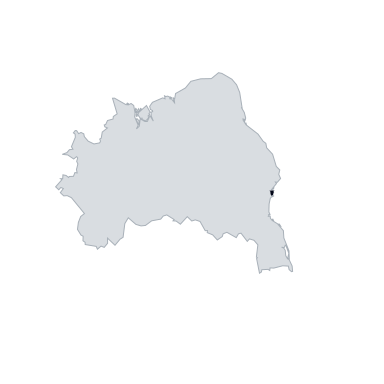 Ubatuba, São Paulo, Brazil shown in context, rotated 312°
{"feature_id": "56859067B10562260302703", "entity_name": "Ubatuba", "entity_type": "district", "adm_level": 2, "iso_a3": "BRA", "parent_name": "Brazil", "parent_adm1": "São Paulo", "projection": "natural_earth1", "projection_center": [-45.033, -23.396], "detail": "fine", "context": "in_parent", "style": "filled", "palette": "ink", "viewbox_px": 384, "rotation_deg": 312, "n_neighbors": 0, "source": "geoboundaries", "source_scale": "gbopen_adm2", "svg_char_len": 4562}
<svg xmlns="http://www.w3.org/2000/svg" viewBox="0 0 384 384"><g transform="rotate(312 192 192)"><path d="M121.4,90.4L124.3,93.4L128.1,92.0L129.3,93.9L131.4,91.1L136.5,88.4L137.6,85.8L140.8,84.3L141.1,82.6L137.4,82.0L136.4,74.9L133.2,70.4L137.6,72.7L141.4,72.6L144.1,74.9L145.0,72.1L154.6,68.7L156.8,66.4L156.6,64.3L159.5,64.1L160.4,65.2L159.5,68.7L162.0,69.7L162.8,72.7L161.1,74.9L160.3,80.8L162.1,87.0L166.7,90.5L168.6,90.0L169.6,88.0L171.3,88.5L176.5,85.2L183.0,86.3L182.1,83.6L183.1,81.9L184.4,82.7L188.6,81.4L193.4,84.5L195.5,83.0L200.0,84.1L208.5,70.2L209.9,71.6L212.7,84.4L214.2,86.4L217.0,87.5L217.3,90.8L212.5,96.9L209.5,99.0L205.6,107.3L201.7,108.5L205.7,108.8L211.7,104.5L212.9,109.9L214.5,111.6L220.6,109.7L218.8,115.8L221.2,110.9L224.0,108.1L225.4,109.0L226.1,108.1L225.5,105.9L227.4,103.2L232.2,102.6L242.4,107.3L243.2,109.6L244.6,108.0L247.0,109.8L247.6,111.8L246.4,113.2L246.9,113.9L248.2,112.6L248.5,113.9L247.3,115.2L246.6,119.4L248.2,117.7L249.4,114.6L249.6,116.8L254.2,113.9L264.9,117.5L273.5,117.1L281.9,122.7L289.2,130.5L298.4,131.9L300.1,134.8L302.5,146.1L301.5,153.4L297.9,160.8L288.0,173.0L287.9,172.0L286.1,177.6L282.9,182.4L281.5,183.2L280.4,181.0L279.5,182.1L278.1,187.3L279.2,202.3L277.3,210.9L277.6,214.3L274.8,217.9L274.0,226.6L267.4,237.5L267.1,242.5L263.2,244.6L261.3,248.8L256.3,248.9L255.2,247.3L254.8,249.1L247.0,249.5L247.4,250.9L242.5,254.4L239.7,254.4L234.7,257.3L228.6,262.5L227.5,265.0L226.4,264.1L226.0,265.2L224.6,264.7L226.4,266.2L224.9,267.9L224.5,270.6L225.6,276.8L224.4,285.8L219.3,291.0L213.1,303.5L207.2,309.2L207.0,307.3L211.2,305.0L214.8,298.1L214.9,296.9L212.4,297.7L210.9,295.5L211.7,297.6L211.1,300.2L207.4,304.3L206.3,307.6L206.7,309.5L204.0,315.9L200.3,319.9L199.4,319.3L199.3,316.1L201.4,313.2L197.9,308.8L190.2,303.7L187.8,300.8L185.7,302.3L185.4,300.3L181.0,295.9L179.0,297.1L176.8,296.5L185.8,284.5L186.9,284.6L186.7,283.4L196.8,276.3L197.6,270.4L195.6,266.1L192.3,266.1L194.2,256.0L192.0,254.5L187.7,255.4L185.4,244.9L181.8,243.1L179.1,244.3L173.3,242.9L174.0,236.0L172.0,230.5L173.7,229.3L172.1,227.7L175.5,217.7L173.5,213.1L170.3,211.2L170.5,205.0L160.3,204.9L159.8,199.7L157.9,197.2L159.6,197.2L158.1,188.6L154.9,186.7L150.9,186.9L143.6,181.3L136.0,179.8L132.7,176.8L130.4,172.0L130.2,161.9L123.6,163.2L112.2,171.1L108.8,170.1L100.9,170.4L101.2,160.1L97.4,163.6L92.1,163.8L90.9,160.6L86.2,160.0L87.5,157.2L81.5,147.8L83.1,146.2L82.8,143.6L86.3,140.7L85.7,138.3L87.6,131.9L93.4,127.9L99.3,125.7L104.0,126.5L107.1,106.2L105.8,101.7L103.3,99.3L103.4,94.6L108.5,94.1L107.6,91.5L104.5,91.5L104.6,87.2L114.0,87.1L113.9,85.4L115.4,87.0L118.4,84.6L120.0,87.3L120.2,90.6L121.4,90.4ZM215.3,99.2L225.8,100.3L223.3,107.5L221.4,107.6L221.1,108.9L219.5,108.3L217.9,110.1L213.9,110.1L212.5,106.5L213.5,105.6L212.2,104.3L213.1,100.2L215.3,99.2ZM206.4,107.8L208.0,102.6L209.7,101.9L209.5,105.1L206.4,107.8ZM218.2,96.6L217.2,98.5L214.8,98.1L215.2,96.9L218.2,96.6ZM214.6,94.5L214.2,98.4L213.2,98.0L214.6,94.5ZM219.9,99.1L218.4,99.3L217.7,99.0L219.6,97.8L219.9,99.1ZM213.1,99.3L211.5,100.5L210.9,99.9L212.0,98.7L213.1,99.3ZM215.9,95.8L215.2,95.0L216.4,94.2L216.5,95.0L215.9,95.8ZM215.1,85.7L214.2,85.9L214.0,84.5L214.8,84.4L215.1,85.7ZM226.0,280.5L225.7,279.3L226.4,278.1L226.6,278.4L226.0,280.5ZM243.3,253.9L243.6,255.3L242.5,255.0L243.3,253.9ZM225.4,271.5L225.0,270.8L225.6,270.0L225.9,270.3L225.4,271.5ZM247.9,116.8L247.3,118.3L247.9,116.2L247.9,116.8ZM280.9,183.4L279.9,183.8L280.5,182.7L280.9,183.4ZM249.8,250.1L248.8,250.5L248.5,250.3L249.2,249.6L249.8,250.1ZM279.2,186.1L278.8,186.9L278.5,186.4L279.2,186.1ZM245.1,106.7L245.2,107.5L244.9,107.4L245.1,106.7Z" fill="#d9dde1" stroke="#a8b0b8" stroke-width="1"/><path d="M245.6,250.5L245.5,250.4L245.5,250.5L245.4,250.5L245.2,250.7L245.0,250.8L244.9,250.9L244.9,251.0L245.0,251.1L244.9,251.2L244.7,251.2L244.6,251.3L244.5,251.5L244.4,251.5L244.2,251.5L244.1,251.8L244.0,252.0L243.9,252.1L243.7,252.2L243.6,252.3L243.5,252.5L243.6,252.8L243.5,253.0L243.8,253.0L243.9,252.9L243.7,252.8L243.7,252.7L243.8,252.7L244.0,252.6L244.1,252.4L244.3,252.5L244.3,252.4L244.5,252.4L244.5,252.5L244.6,252.4L244.6,252.2L244.8,252.2L244.7,252.1L244.7,251.9L244.8,251.9L244.7,251.9L244.8,251.9L245.0,251.8L245.1,251.7L245.1,251.8L245.2,251.7L245.3,251.6L245.4,251.4L245.5,251.4L245.6,251.5L245.8,251.5L246.0,251.7L246.3,251.6L246.5,251.6L246.4,251.5L246.3,251.4L246.2,251.4L246.2,251.2L246.0,250.9L245.9,250.9L245.7,250.8L245.7,250.7L245.6,250.5ZM244.6,252.6L244.6,252.8L244.7,252.7L244.8,252.7L244.7,252.6L244.6,252.6Z" fill="#0f172a" stroke="#020617" stroke-width="1.5"/></g></svg>